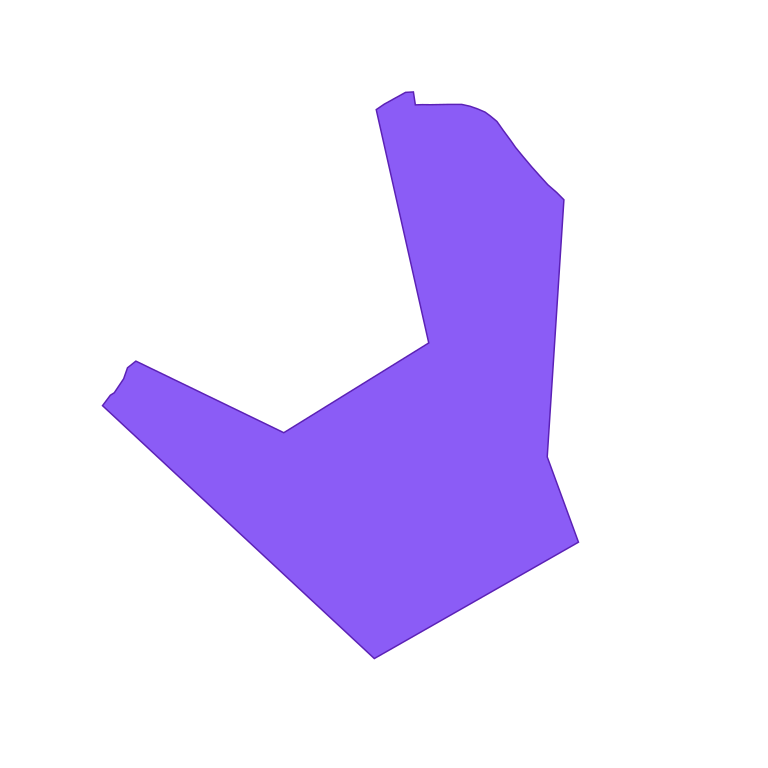 outline of Ukaeb, Melekeok, Palau, rotated 238°
{"feature_id": "81905179B87979542082634", "entity_name": "Ukaeb", "entity_type": "district", "adm_level": 2, "iso_a3": "PLW", "parent_name": "Palau", "parent_adm1": "Melekeok", "projection": "mercator", "projection_center": [134.634, 7.496], "detail": "fine", "context": "isolated", "style": "filled", "palette": "violet", "viewbox_px": 768, "rotation_deg": 238, "n_neighbors": 0, "source": "geoboundaries", "source_scale": "gbopen_adm2", "svg_char_len": 615}
<svg xmlns="http://www.w3.org/2000/svg" viewBox="0 0 768 768"><g transform="rotate(238 384 384)"><path d="M156.3,230.3L146.8,465.1L235.7,483.8L444.9,634.2L454.6,632.0L466.2,628.5L479.0,626.2L490.0,624.3L503.4,622.4L515.0,620.9L522.9,620.5L536.0,619.5L546.8,618.9L554.9,616.2L561.0,613.8L567.5,609.3L574.0,604.1L579.9,598.1L586.3,587.9L593.2,576.4L596.2,571.4L600.5,564.7L604.1,558.5L616.1,563.7L619.9,556.8L620.5,545.9L621.2,532.6L620.8,522.8L395.1,443.7L395.8,273.2L534.9,185.7L533.7,175.1L526.4,166.0L519.5,150.6L519.5,146.0L514.8,133.8L156.3,230.3Z" fill="#8b5cf6" stroke="#5b21b6" stroke-width="1.5"/></g></svg>